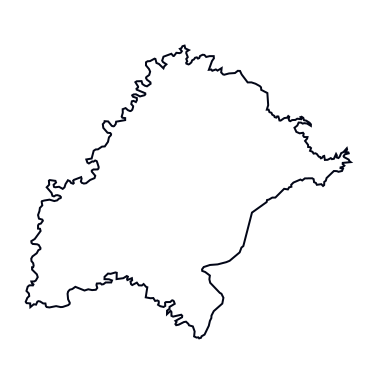 outline of San Pedro el Alto, Oaxaca, Mexico, rotated 96°
{"feature_id": "50627088B47026157219910", "entity_name": "San Pedro el Alto", "entity_type": "district", "adm_level": 2, "iso_a3": "MEX", "parent_name": "Mexico", "parent_adm1": "Oaxaca", "projection": "orthographic", "projection_center": [-96.479, 16.023], "detail": "fine", "context": "isolated", "style": "outline", "palette": "ink", "viewbox_px": 384, "rotation_deg": 96, "n_neighbors": 0, "source": "geoboundaries", "source_scale": "gbopen_adm2", "svg_char_len": 5975}
<svg xmlns="http://www.w3.org/2000/svg" viewBox="0 0 384 384"><g transform="rotate(96 192 192)"><path d="M336.0,167.8L334.5,167.4L332.5,164.6L323.3,161.3L318.3,160.7L315.4,159.6L312.9,159.7L308.2,157.9L299.8,150.2L293.9,149.7L290.1,152.1L289.4,153.8L280.4,164.4L277.0,165.6L273.2,165.5L270.2,170.5L269.4,173.6L267.9,173.9L265.4,172.5L262.7,166.5L261.3,158.9L258.2,150.6L256.5,147.4L247.1,138.3L242.1,137.0L240.4,135.3L206.2,130.2L194.2,116.7L192.1,116.5L191.6,114.9L189.2,111.6L188.8,108.5L179.2,100.7L179.4,96.9L177.2,95.9L176.4,93.7L174.5,94.1L172.0,92.1L168.3,85.5L169.0,83.6L166.7,81.2L165.8,73.9L166.5,72.4L169.5,71.6L170.0,69.8L171.8,68.6L170.7,64.2L172.3,62.3L171.3,61.3L168.1,61.5L166.8,60.1L164.0,59.6L156.3,53.1L156.1,50.1L156.6,48.4L155.4,45.0L153.1,44.3L152.7,46.8L152.0,46.8L151.2,44.5L149.9,43.2L148.4,45.1L147.3,45.1L145.7,37.3L144.8,38.7L143.4,39.5L141.4,44.4L140.5,45.0L138.6,44.0L137.2,40.2L136.3,40.6L136.3,43.2L133.4,42.2L132.3,42.6L136.4,45.5L137.8,47.7L141.4,48.8L142.9,49.9L142.5,51.7L140.4,51.8L139.1,52.7L144.2,54.4L144.7,56.3L143.8,57.5L145.8,60.5L146.2,63.2L142.3,64.3L142.6,65.1L144.8,66.6L145.0,67.5L143.8,68.2L143.6,69.6L141.2,71.8L140.6,73.2L141.1,75.1L139.4,76.4L138.7,78.9L135.9,78.2L135.1,79.2L135.1,81.2L133.0,81.5L129.4,84.9L126.9,83.1L125.3,82.9L125.6,86.2L124.4,87.3L122.4,87.0L121.5,87.8L122.4,91.1L121.3,94.5L117.4,96.8L114.9,94.2L111.8,93.2L111.6,90.8L112.4,89.1L111.8,87.5L111.9,84.7L113.8,80.7L112.3,80.8L110.8,82.4L109.1,85.9L108.9,88.1L106.6,89.1L105.7,90.9L106.2,91.9L107.4,90.7L108.2,90.9L108.1,95.0L109.5,96.7L110.0,99.9L111.3,101.7L110.9,102.7L109.3,103.5L107.0,103.2L106.4,104.2L108.2,105.2L108.8,107.9L111.7,111.3L111.7,112.5L107.9,114.0L107.9,115.2L109.2,116.0L108.9,117.6L107.7,118.1L106.7,120.3L104.9,121.3L104.5,123.3L102.1,124.4L102.3,126.2L97.7,125.3L85.7,127.4L83.2,133.8L80.7,134.3L79.6,135.6L77.7,140.1L76.8,144.2L77.2,148.1L69.9,154.9L66.6,156.9L66.7,159.1L69.2,161.7L70.2,167.5L72.0,172.2L71.8,173.4L70.0,175.5L65.7,175.5L68.6,179.3L67.6,181.1L69.3,184.5L68.2,185.6L68.7,188.0L59.7,185.8L56.8,184.2L54.6,184.6L55.0,188.6L56.2,192.0L54.4,194.0L54.4,195.8L55.9,198.2L58.0,198.8L58.7,200.0L57.6,201.3L58.2,203.0L59.9,203.9L61.0,205.6L63.2,206.2L65.1,208.0L65.5,208.9L64.9,211.0L64.2,211.3L62.5,210.4L60.3,211.6L58.3,210.3L54.4,212.3L52.9,212.1L51.2,209.9L49.9,213.7L47.2,214.7L48.0,216.7L50.1,217.6L50.9,219.0L53.0,216.8L54.5,217.6L55.2,218.9L55.2,222.1L58.5,224.1L58.7,224.8L56.7,227.0L60.4,234.5L64.5,235.4L65.8,234.4L67.7,230.8L70.1,232.8L72.0,233.3L68.1,238.3L67.4,240.8L63.5,242.3L63.3,243.2L66.2,247.4L66.6,249.8L67.8,251.3L70.9,251.0L74.2,247.6L76.7,246.2L80.1,246.8L82.4,249.4L83.4,249.7L85.0,248.6L87.3,244.8L88.7,244.5L91.6,247.8L91.2,250.0L89.8,252.6L87.0,253.8L87.7,258.6L88.7,259.8L92.8,256.6L93.7,256.6L95.1,258.0L96.0,257.7L98.7,248.8L99.7,248.6L100.7,249.3L102.4,253.7L100.7,257.9L101.1,260.3L102.1,261.6L103.4,260.7L104.3,256.7L106.4,256.4L108.4,257.2L107.5,259.7L108.1,261.3L110.9,261.6L112.8,259.5L114.0,259.5L116.4,260.0L117.5,260.9L118.0,262.0L117.3,264.3L115.5,266.8L116.9,269.6L120.5,269.1L124.4,269.8L125.4,269.0L125.5,266.2L127.5,266.0L130.0,274.8L132.4,275.0L134.6,276.3L134.9,277.2L134.6,278.7L130.6,282.7L130.7,286.3L131.8,286.3L133.9,287.8L137.5,286.9L141.9,282.2L141.9,279.4L142.9,278.5L144.0,278.6L146.3,280.3L150.9,280.8L155.8,283.5L156.3,286.3L159.4,290.0L159.8,292.3L161.3,294.1L169.2,295.3L170.7,300.5L173.7,299.1L174.4,297.5L172.0,294.4L172.1,293.1L170.8,291.6L171.2,290.1L172.2,289.5L177.0,287.4L178.5,287.5L179.4,288.2L179.9,292.4L181.1,293.9L182.2,293.8L186.0,289.9L188.4,290.4L190.7,294.6L194.3,298.2L194.9,300.4L194.4,302.5L193.2,303.6L190.3,303.2L188.8,303.8L192.3,310.7L193.2,311.4L195.5,310.5L196.2,311.1L195.6,313.3L194.1,314.4L193.3,316.6L197.3,318.6L200.7,319.3L202.4,320.9L200.7,324.8L201.6,328.5L201.3,329.8L199.3,330.4L196.8,328.2L195.2,329.0L195.0,334.7L195.7,335.5L199.7,334.8L202.5,337.0L207.6,331.6L210.4,330.4L210.8,328.8L209.5,327.1L209.2,325.5L209.7,323.0L210.8,321.8L211.8,322.0L212.5,323.6L214.4,325.2L215.4,328.0L214.5,332.9L215.9,338.0L216.8,340.3L217.4,340.5L221.0,339.5L223.7,341.6L226.8,341.7L231.0,342.7L234.5,341.4L235.1,338.0L236.2,337.3L239.2,339.0L240.0,341.0L241.3,341.6L244.5,341.3L244.5,339.3L246.6,338.5L255.2,343.5L257.7,346.7L259.3,346.3L260.3,345.0L260.2,340.5L260.8,338.8L263.6,336.8L264.7,336.9L265.9,338.7L269.1,340.0L272.7,343.9L275.1,344.9L277.5,344.4L279.4,342.5L281.7,341.8L283.4,342.1L283.6,343.2L285.9,342.9L290.1,337.7L292.8,336.5L296.4,338.1L297.4,339.5L297.8,342.4L299.4,341.6L300.5,340.0L301.5,340.4L301.8,344.0L303.4,345.5L307.7,346.3L310.0,343.6L312.5,343.0L314.5,344.7L318.6,345.9L319.8,344.9L319.7,341.3L323.4,340.7L320.2,337.6L320.3,335.3L317.2,334.3L316.6,333.2L316.8,331.5L318.4,328.3L318.2,326.1L320.7,325.4L321.6,324.5L321.7,321.7L319.7,315.2L320.2,310.5L319.8,308.5L317.4,303.2L316.0,302.0L314.9,302.0L311.7,304.0L306.2,305.1L304.0,304.8L302.0,303.4L301.0,300.9L298.5,298.1L301.2,288.6L299.6,285.0L300.0,281.1L299.3,277.4L297.3,276.2L294.5,277.3L293.0,277.1L292.4,273.5L293.4,272.1L292.9,270.4L291.0,268.4L290.4,262.9L288.3,262.3L287.5,265.5L287.8,269.9L285.5,270.1L281.9,267.0L281.9,264.4L280.0,259.7L280.2,258.4L286.5,257.9L284.9,251.3L282.4,248.1L282.9,246.9L285.4,247.5L286.3,247.0L284.0,242.8L286.0,242.3L287.6,243.8L290.1,242.9L290.8,241.7L287.9,237.4L290.4,235.1L290.2,232.1L288.6,230.5L291.1,227.8L291.4,226.5L301.6,227.0L302.0,222.3L301.5,219.4L304.2,217.3L303.5,215.0L304.1,213.7L305.9,213.4L307.7,214.0L308.9,211.6L309.3,208.2L308.1,206.7L304.9,207.2L304.2,206.4L303.7,202.2L301.8,200.4L301.9,199.6L302.6,198.6L305.0,197.5L308.6,202.3L310.5,202.2L312.6,204.4L316.1,204.1L312.4,200.9L313.5,199.9L317.3,199.5L317.9,197.8L315.2,189.9L316.1,188.8L317.6,188.8L321.9,195.0L322.8,193.8L325.1,194.7L326.1,193.8L325.3,191.3L322.2,186.5L321.6,184.4L323.5,181.9L324.9,181.0L325.6,177.1L330.4,174.8L335.4,174.8L336.3,172.3L335.9,170.5L336.8,169.6L336.0,167.8Z" fill="none" stroke="#020617" stroke-width="2"/></g></svg>